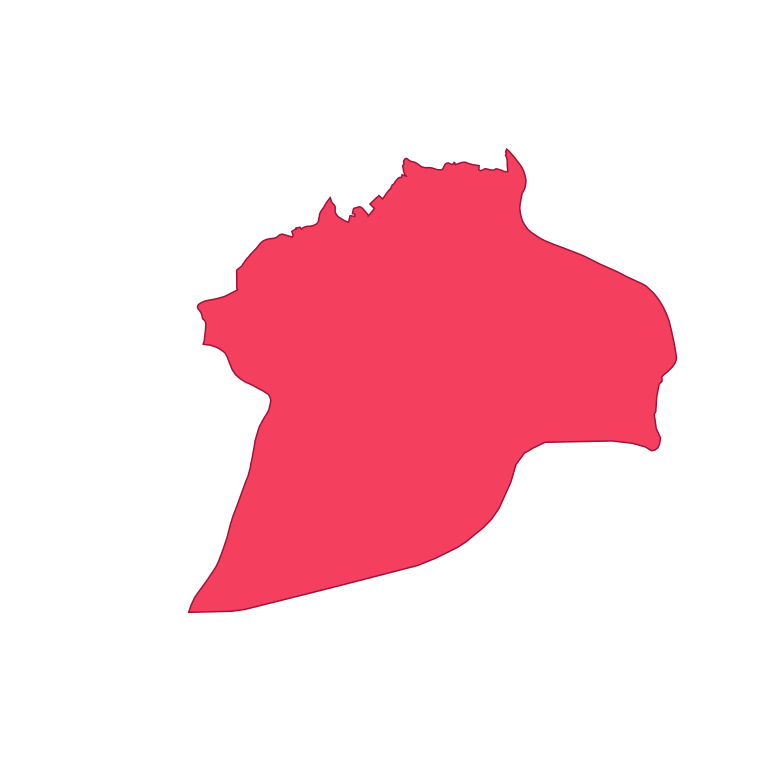 outline of Tien Hai, Thái Bình, Vietnam, rotated 61°
{"feature_id": "81297802B12405297659236", "entity_name": "Tien Hai", "entity_type": "district", "adm_level": 2, "iso_a3": "VNM", "parent_name": "Vietnam", "parent_adm1": "Thái Bình", "projection": "orthographic", "projection_center": [106.496, 20.36], "detail": "fine", "context": "isolated", "style": "filled", "palette": "rose", "viewbox_px": 768, "rotation_deg": 61, "n_neighbors": 0, "source": "geoboundaries", "source_scale": "gbopen_adm2", "svg_char_len": 6134}
<svg xmlns="http://www.w3.org/2000/svg" viewBox="0 0 768 768"><g transform="rotate(61 384 384)"><path d="M489.0,665.5L508.8,627.7L513.7,615.0L536.1,530.9L550.0,477.5L559.0,442.5L561.4,423.0L562.5,399.6L561.8,388.7L557.6,366.2L554.5,355.7L548.5,343.6L531.2,320.5L518.4,307.5L512.6,294.9L512.3,284.5L513.0,271.5L544.5,211.9L556.1,195.7L565.8,185.9L572.0,182.4L573.1,179.3L572.6,175.5L570.1,172.1L565.3,168.3L555.0,167.5L541.5,162.3L539.9,159.7L526.6,151.1L517.5,143.3L516.4,139.5L512.4,137.5L511.8,135.6L510.5,129.0L509.1,124.2L507.9,121.3L506.4,118.8L504.8,117.0L502.7,115.4L498.3,113.7L488.9,110.4L477.3,106.9L467.6,104.2L461.4,103.2L456.2,102.7L452.1,102.5L444.4,102.7L440.0,103.3L434.9,104.2L429.7,105.9L426.0,107.1L423.4,108.4L420.5,110.4L414.2,115.0L406.9,120.3L398.6,125.8L387.3,134.3L384.9,136.2L369.7,146.6L366.3,149.2L355.5,158.2L343.6,168.3L336.2,174.2L333.1,176.2L328.9,178.6L323.1,181.5L320.0,182.7L317.7,183.3L315.8,183.6L311.5,183.9L308.4,183.8L305.1,183.2L301.0,182.0L298.1,180.9L295.6,179.7L293.4,178.3L291.1,176.4L288.5,174.4L284.2,170.7L283.5,169.5L282.2,167.5L281.3,166.2L280.2,165.1L279.0,164.1L278.1,163.4L275.6,161.6L274.1,160.8L270.5,159.7L268.3,159.2L266.6,158.9L265.3,158.6L263.4,158.5L261.7,158.4L259.7,158.5L257.8,158.7L254.8,159.2L252.6,159.5L250.3,159.8L248.7,160.1L246.5,160.5L243.2,161.3L240.8,161.8L238.0,162.9L240.1,165.2L241.4,164.9L242.8,166.8L245.5,167.0L247.5,167.6L249.7,168.6L251.0,169.4L253.1,170.5L258.3,172.7L256.2,176.2L255.8,176.4L254.9,176.9L253.5,178.1L251.4,180.1L251.0,180.5L250.1,181.7L250.2,183.2L250.1,184.2L249.9,184.7L249.6,185.5L249.0,186.3L248.1,187.3L245.2,190.4L244.9,190.8L244.8,191.1L244.6,192.3L244.6,194.5L244.6,195.2L244.4,195.7L244.1,196.2L243.2,196.8L242.6,197.2L239.2,194.9L236.2,198.7L235.1,200.1L232.9,202.4L231.6,203.7L231.0,204.1L230.6,204.4L230.2,204.7L229.9,204.9L229.7,205.4L229.6,205.6L229.4,205.7L229.2,205.7L228.1,208.2L227.6,210.2L226.9,214.5L226.8,215.1L226.7,215.3L226.3,215.5L226.1,215.5L225.3,214.9L225.1,214.8L224.8,214.8L224.6,214.9L224.4,215.0L224.2,215.3L224.7,216.1L224.8,216.5L224.9,217.0L224.9,217.7L224.8,218.1L224.7,218.5L224.2,219.0L222.9,219.7L222.2,220.3L221.8,220.7L221.5,221.3L221.4,221.7L221.3,222.5L221.3,222.9L221.3,223.4L221.9,224.6L222.6,225.6L223.1,226.5L223.8,227.4L224.4,228.4L224.5,228.8L224.5,229.2L224.3,230.2L223.9,231.1L222.4,233.3L221.8,234.1L220.9,234.9L219.2,236.5L218.2,237.4L217.0,239.0L216.0,240.6L215.6,241.7L215.2,242.3L214.7,243.1L213.9,244.1L213.1,245.0L212.5,245.6L211.9,246.0L211.4,246.3L210.4,246.7L209.2,247.2L206.7,248.5L205.6,249.2L205.3,249.4L204.3,250.3L203.4,251.2L202.9,251.8L202.4,252.3L201.9,252.7L201.0,253.4L200.5,253.6L198.9,254.2L198.0,254.6L197.7,254.9L197.6,255.2L197.4,255.5L197.3,256.0L197.3,256.6L197.7,257.3L198.4,258.5L198.7,258.9L198.9,259.0L200.9,259.8L201.3,260.0L201.5,260.3L201.7,260.5L201.8,261.0L201.9,261.5L202.0,261.9L202.8,262.1L203.8,262.4L204.7,262.7L206.4,263.3L207.2,263.6L208.1,263.9L208.9,264.0L210.5,264.2L211.6,264.2L211.9,264.2L212.4,264.0L211.6,265.1L209.7,266.7L211.8,268.6L211.3,269.5L210.9,270.3L210.8,271.5L211.1,272.6L211.6,273.8L212.1,275.1L212.4,276.0L213.6,277.4L214.0,280.4L215.3,282.2L216.4,283.5L216.6,284.5L217.4,287.1L218.6,289.8L220.4,293.1L221.4,295.4L216.7,297.1L216.9,297.7L217.7,301.3L219.0,306.1L219.8,309.0L222.0,308.4L224.5,307.7L225.7,307.3L227.1,310.3L228.6,314.0L229.3,316.2L229.1,316.1L228.2,316.0L227.3,316.1L225.7,316.4L220.2,317.6L219.2,318.0L218.3,318.4L217.6,318.9L217.2,319.5L216.7,320.7L216.0,324.3L215.7,325.4L217.6,327.3L219.7,329.0L221.3,327.1L223.2,328.4L220.3,332.0L224.4,335.7L225.3,336.6L224.4,337.5L222.7,338.8L219.9,340.6L216.5,342.5L215.7,342.9L214.4,343.2L212.5,343.5L211.3,343.5L210.3,343.4L209.4,343.1L208.5,342.6L207.0,341.7L206.4,341.3L205.7,341.0L205.0,340.8L204.1,340.6L202.6,340.9L201.2,341.4L200.6,341.5L199.4,341.5L198.0,341.3L196.8,341.0L195.7,340.8L194.9,340.7L195.5,341.9L197.0,345.5L198.9,348.9L200.2,351.0L201.5,353.7L202.1,355.0L202.9,356.2L203.6,357.2L204.3,358.0L209.4,362.1L210.0,362.8L210.5,363.4L210.9,364.3L211.1,364.9L211.2,365.4L211.3,366.2L211.3,366.9L211.2,367.8L211.0,369.3L210.8,370.3L210.4,371.4L210.1,372.5L209.5,373.3L209.2,373.9L209.0,374.5L208.7,375.3L208.3,377.0L208.1,378.5L208.1,379.3L208.2,380.2L208.5,381.2L206.2,381.4L205.7,383.0L205.1,384.5L204.9,385.5L206.0,385.8L205.6,386.8L205.7,387.8L205.9,390.7L207.3,390.9L208.5,391.1L209.9,391.5L210.5,391.9L211.2,393.0L210.3,393.7L208.5,395.4L204.3,399.6L203.9,400.0L203.5,400.7L203.3,401.3L203.1,402.2L203.0,403.5L203.4,405.5L203.6,406.3L203.6,407.1L203.6,407.6L203.5,408.2L203.3,409.1L202.7,410.7L201.3,414.2L200.9,416.0L200.6,417.0L200.3,419.1L200.3,420.3L200.6,422.1L200.8,423.1L201.1,424.0L202.3,427.0L202.5,427.4L203.7,430.6L205.8,437.7L207.4,441.5L207.5,442.3L207.8,443.1L210.6,449.0L211.0,449.8L211.6,450.6L211.9,451.2L212.1,452.2L212.5,455.0L213.0,457.6L213.4,457.9L218.8,460.8L228.9,466.3L230.5,466.3L230.6,468.8L230.5,471.9L230.4,475.1L230.2,480.4L229.9,482.2L228.0,489.9L227.0,493.1L225.8,496.5L225.2,498.5L224.7,500.3L224.3,503.4L224.3,505.5L224.3,506.4L224.5,507.0L224.6,507.7L225.0,508.5L225.3,509.0L225.8,509.5L226.2,509.8L226.7,510.0L227.2,510.1L227.9,510.2L229.3,510.0L230.8,509.7L231.8,509.6L232.7,509.6L233.5,509.6L234.8,509.8L235.9,510.0L237.9,510.8L239.0,510.9L239.5,510.8L240.4,510.5L242.0,510.0L242.5,510.0L243.8,510.3L244.8,510.6L245.5,511.0L248.8,513.1L251.1,514.6L258.8,520.1L259.6,520.8L261.5,522.9L262.6,521.6L265.8,517.1L268.6,514.5L270.4,512.9L272.6,511.4L275.3,509.9L277.7,508.8L279.3,508.2L280.6,508.0L284.3,508.0L292.1,509.1L296.7,509.7L299.5,509.7L303.9,509.3L309.0,507.5L314.6,504.6L321.3,499.6L327.1,496.0L331.5,493.1L336.8,490.3L338.4,490.1L341.7,490.3L342.9,490.7L344.9,492.0L350.7,497.2L352.8,500.3L356.0,506.1L360.8,513.6L362.9,515.9L371.3,524.4L376.5,528.4L385.9,536.1L390.3,540.1L391.9,541.0L398.7,547.7L402.1,552.0L408.9,559.8L413.3,564.8L420.7,573.4L422.2,575.2L425.8,579.5L432.1,586.2L441.7,595.2L449.4,603.6L452.9,607.5L458.7,614.5L462.0,618.9L464.4,623.3L468.1,630.6L469.5,633.2L474.7,644.2L476.2,647.7L479.2,653.5L483.9,659.9L489.0,665.5Z" fill="#f43f5e" stroke="#9f1239" stroke-width="1.5"/></g></svg>